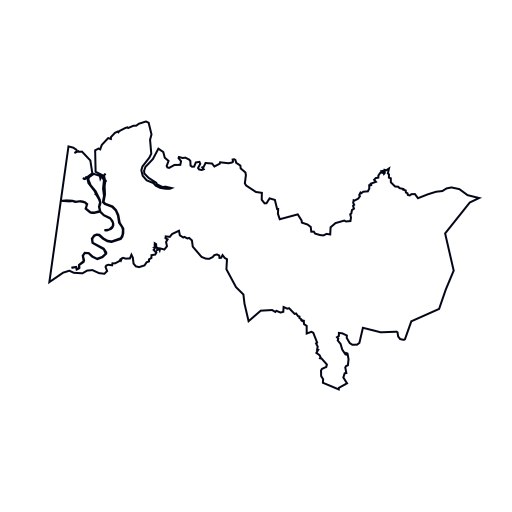 Choluteca, Choluteca, Honduras (Robinson projection), rotated 102°
{"feature_id": "27666195B45009798989727", "entity_name": "Choluteca", "entity_type": "district", "adm_level": 2, "iso_a3": "HND", "parent_name": "Honduras", "parent_adm1": "Choluteca", "projection": "robinson", "projection_center": [-87.236, 13.254], "detail": "fine", "context": "isolated", "style": "outline", "palette": "ink", "viewbox_px": 512, "rotation_deg": 102, "n_neighbors": 0, "source": "geoboundaries", "source_scale": "gbopen_adm2", "svg_char_len": 6150}
<svg xmlns="http://www.w3.org/2000/svg" viewBox="0 0 512 512"><g transform="rotate(102 256 256)"><path d="M369.3,147.3L367.7,147.5L361.6,140.5L356.7,145.3L352.3,144.9L351.7,143.3L346.5,145.5L344.9,145.0L343.8,143.4L337.8,144.0L332.4,146.2L332.2,147.4L333.7,147.1L333.6,148.1L329.6,152.2L324.4,155.0L321.6,158.5L319.8,158.3L318.6,159.9L317.0,158.3L314.0,158.9L313.7,155.5L314.9,150.6L317.3,150.2L321.7,146.2L322.8,143.3L321.7,138.7L319.5,136.8L304.0,136.5L304.7,118.1L300.8,102.7L301.3,101.7L305.2,100.2L307.3,97.7L307.3,94.0L306.5,93.0L287.6,90.5L269.7,65.9L249.4,63.4L229.2,59.6L194.6,75.7L159.2,58.0L152.9,49.8L152.5,61.7L148.3,71.0L148.3,79.1L150.3,83.7L153.7,87.2L155.7,93.2L159.9,100.7L165.8,109.6L162.4,113.4L163.2,116.8L164.8,118.2L164.7,120.2L163.2,120.8L162.7,122.6L160.8,123.2L160.5,125.8L159.8,125.8L159.8,129.7L158.7,131.2L159.1,134.4L155.9,139.4L152.0,140.3L151.7,142.3L148.5,142.9L147.8,144.2L142.7,144.1L145.1,146.4L145.0,148.1L148.0,147.3L149.1,147.9L146.3,149.6L146.7,150.5L147.3,149.4L148.4,149.8L148.3,151.5L151.8,153.0L153.9,152.6L154.9,155.1L156.9,156.3L158.5,154.1L161.4,158.8L163.3,157.6L162.6,158.8L163.2,160.0L166.5,159.2L169.5,160.0L170.8,164.4L172.8,166.2L172.3,167.0L174.9,167.7L175.9,166.8L178.6,167.9L181.4,171.3L181.2,172.1L183.8,172.0L185.5,170.6L186.8,171.5L189.3,170.0L191.1,171.7L194.6,171.6L195.6,172.5L198.6,171.1L202.2,170.9L203.5,175.2L203.0,177.0L207.3,185.1L212.4,189.0L219.5,187.9L219.7,191.6L221.8,194.2L222.2,197.6L221.8,202.8L220.2,204.5L220.7,207.0L216.2,208.5L214.5,212.1L213.8,218.1L211.9,218.7L206.6,223.8L215.1,240.4L210.2,243.3L205.4,244.1L205.7,245.1L197.2,249.2L196.8,254.7L202.2,256.7L202.7,258.6L199.8,262.1L193.0,263.4L193.4,269.4L189.1,280.3L187.3,282.0L179.0,282.7L176.5,283.7L173.5,289.2L170.8,290.1L169.0,294.7L166.4,296.1L165.9,297.3L166.5,298.9L168.6,298.1L169.6,299.0L171.0,302.2L171.8,310.6L173.3,310.7L177.1,315.3L174.7,318.2L175.5,324.7L179.7,325.7L180.5,327.0L182.0,325.2L183.2,327.1L183.2,329.6L182.0,331.0L177.4,329.7L175.7,330.9L177.0,334.3L181.4,335.1L182.0,337.1L181.2,338.8L176.7,340.0L175.6,341.4L174.5,345.5L175.4,348.1L175.2,352.0L176.4,352.1L178.9,349.0L182.6,349.0L183.9,354.7L187.9,359.3L187.8,361.1L186.4,362.1L181.2,361.3L178.8,365.7L173.6,368.3L171.3,373.8L182.6,377.0L191.9,382.7L196.0,383.2L198.6,382.3L201.9,377.3L205.1,368.9L206.5,367.6L208.0,361.7L207.0,359.1L207.1,352.7L208.2,354.3L209.0,358.3L209.3,363.9L208.1,368.6L206.0,371.6L204.7,378.7L201.1,383.5L196.0,386.0L192.1,385.7L182.0,380.8L177.7,379.7L164.3,383.8L158.8,383.5L148.0,388.7L147.3,391.6L151.0,398.1L153.4,400.2L154.1,403.0L157.4,407.7L156.9,408.6L158.0,410.5L162.4,415.9L163.6,416.3L163.1,417.3L164.9,419.6L169.8,422.6L171.7,422.3L171.4,425.1L179.3,429.9L184.1,430.6L183.6,432.3L186.1,435.3L207.0,430.4L209.2,421.8L206.7,420.4L209.1,421.3L214.0,419.1L213.1,418.0L214.5,418.9L219.1,418.6L227.2,416.5L234.8,416.3L236.2,414.3L237.3,406.6L240.1,402.5L244.5,399.2L251.8,396.2L256.7,391.5L261.4,390.5L264.9,390.7L267.5,391.8L272.4,400.3L272.5,404.5L270.9,409.4L268.3,414.0L268.6,416.5L270.0,418.4L273.3,419.7L277.0,418.5L280.4,406.5L283.6,403.2L284.9,403.0L289.1,405.9L292.1,410.5L290.7,416.2L288.1,420.4L288.9,424.2L291.8,425.3L296.0,423.2L297.7,423.4L301.6,427.1L304.3,426.2L305.2,426.8L306.6,428.6L304.4,429.7L305.3,432.8L306.4,433.1L305.4,433.3L304.1,429.7L306.4,428.6L304.8,426.8L301.5,427.3L296.8,423.5L291.7,425.6L288.5,424.2L287.9,420.2L290.6,415.5L291.7,411.0L288.9,406.3L285.0,403.5L281.1,406.3L277.2,418.7L273.2,420.2L269.5,418.6L268.0,416.3L267.8,413.5L270.6,408.7L271.9,404.6L271.7,400.2L266.6,391.9L262.8,391.0L258.3,391.6L255.7,392.9L251.9,396.9L245.1,399.5L240.7,402.6L237.9,406.9L236.6,414.8L235.1,417.0L228.7,417.2L222.0,419.6L213.5,420.5L210.3,423.3L210.1,425.0L211.9,424.1L212.7,424.3L210.1,425.4L209.4,431.7L213.8,435.8L216.0,435.9L221.1,432.5L226.0,426.3L233.4,420.5L236.7,419.1L240.5,419.4L245.0,417.4L247.7,413.2L249.1,406.8L251.7,403.6L254.2,402.2L255.9,401.9L258.2,402.4L259.7,403.5L262.0,407.0L262.3,408.3L262.2,409.6L260.7,405.1L256.7,402.3L253.3,402.8L249.8,406.0L247.9,413.2L245.1,417.8L247.7,423.5L248.1,426.0L247.9,427.4L245.2,432.5L240.9,432.1L239.2,434.5L239.2,439.6L240.8,444.1L240.4,446.8L241.4,449.9L242.6,458.3L241.0,452.9L240.1,447.2L240.3,443.4L238.8,439.1L238.7,436.4L239.0,434.4L240.3,431.9L244.9,432.3L247.7,426.8L247.0,423.0L244.4,418.0L240.5,419.9L236.0,419.7L233.3,421.3L229.2,425.0L228.7,426.6L228.6,425.5L226.1,427.3L219.5,435.1L214.2,437.5L216.2,439.2L216.5,440.0L215.8,441.5L216.0,439.2L214.2,438.6L213.9,437.5L209.1,433.3L197.0,437.9L190.1,447.9L190.9,450.9L190.4,451.5L193.0,455.0L190.8,453.0L189.4,453.8L188.0,457.3L187.8,462.2L324.5,452.7L312.4,441.2L309.2,435.5L310.3,430.7L309.0,422.1L305.4,418.2L303.8,413.1L305.4,406.0L304.9,400.6L301.7,398.5L298.0,400.9L296.5,400.5L295.3,398.7L295.0,394.8L293.0,394.9L292.5,392.3L289.3,388.5L287.8,388.0L288.6,387.2L286.2,386.7L285.4,385.5L285.7,383.1L284.6,378.8L280.7,378.1L283.3,376.1L288.9,374.2L291.1,371.4L291.2,368.1L288.4,363.1L284.9,361.7L283.5,359.5L281.6,360.0L279.7,357.9L276.9,358.4L275.6,354.9L273.5,354.2L271.3,357.4L269.9,356.7L264.6,357.7L265.1,356.2L268.0,355.4L268.5,356.2L268.5,354.0L270.9,354.0L269.1,352.4L270.5,351.4L268.5,351.3L268.7,347.0L265.0,345.1L261.0,346.9L258.1,345.9L257.5,348.2L255.6,348.4L255.2,344.3L251.9,342.6L247.3,336.6L251.6,334.8L253.0,331.0L252.2,330.0L253.1,326.7L252.2,325.2L254.1,321.9L260.0,319.8L268.2,309.1L269.0,304.5L268.5,301.2L266.1,298.2L263.8,296.9L262.6,294.5L263.2,292.1L265.5,291.3L265.0,289.7L262.1,288.9L264.4,286.2L265.2,283.7L275.1,282.2L290.6,269.1L296.3,260.3L304.9,257.4L321.3,249.7L308.5,240.0L305.5,229.0L306.7,225.5L305.4,224.7L306.2,220.2L304.9,217.7L300.2,218.4L301.0,214.4L300.2,212.8L304.6,206.2L303.9,204.8L306.1,202.4L306.2,200.9L307.5,200.7L308.7,198.3L309.4,198.3L309.4,196.2L310.1,196.6L310.2,195.6L312.7,194.8L313.8,191.9L321.3,190.3L318.6,186.0L319.2,184.0L328.0,178.2L329.0,179.1L331.8,176.8L335.0,176.8L334.9,175.7L338.2,176.8L339.8,173.2L341.6,171.8L342.7,172.1L342.7,170.5L347.4,164.1L349.9,164.2L352.7,168.0L354.5,168.6L359.9,167.3L362.6,164.7L366.1,164.2L369.3,147.3Z" fill="none" stroke="#020617" stroke-width="2"/></g></svg>